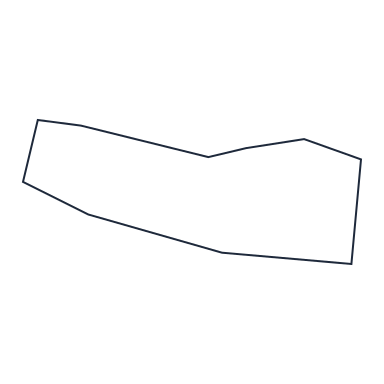 SVG path tracing the border of Sowa
{"feature_id": "BWA-5505", "entity_name": "Sowa", "entity_type": "Township", "adm_level": 1, "iso_a3": "BWA", "parent_name": "Botswana", "parent_adm1": "", "projection": "orthographic", "projection_center": [26.183, -20.572], "detail": "fine", "context": "isolated", "style": "outline", "palette": "slate", "viewbox_px": 384, "rotation_deg": 0, "n_neighbors": 0, "source": "natural_earth", "source_scale": "10m", "svg_char_len": 254}
<svg xmlns="http://www.w3.org/2000/svg" viewBox="0 0 384 384"><path d="M37.8,120.0L80.9,125.6L208.3,157.1L246.2,148.1L304.1,139.1L361.0,159.4L351.4,264.0L222.0,252.7L88.3,214.5L23.0,181.9L37.8,120.0Z" fill="none" stroke="#1e293b" stroke-width="2"/></svg>